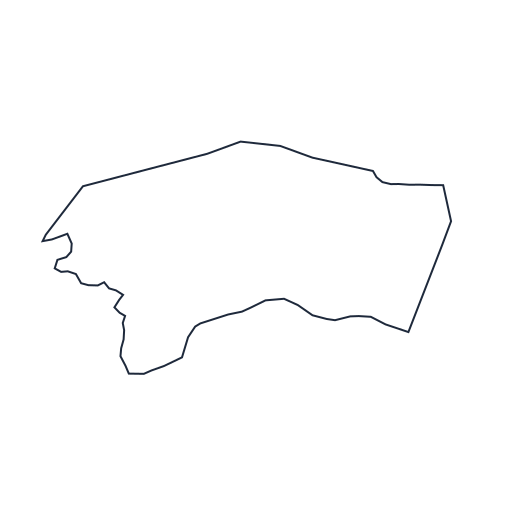 outline of Teixeira, Paraíba, Brazil, rotated 343°
{"feature_id": "56859067B68813180874934", "entity_name": "Teixeira", "entity_type": "district", "adm_level": 2, "iso_a3": "BRA", "parent_name": "Brazil", "parent_adm1": "Paraíba", "projection": "mercator", "projection_center": [-37.263, -7.252], "detail": "fine", "context": "isolated", "style": "outline", "palette": "slate", "viewbox_px": 512, "rotation_deg": 343, "n_neighbors": 0, "source": "geoboundaries", "source_scale": "gbopen_adm2", "svg_char_len": 977}
<svg xmlns="http://www.w3.org/2000/svg" viewBox="0 0 512 512"><g transform="rotate(343 256 256)"><path d="M239.3,144.0L186.9,141.8L110.9,138.7L61.2,174.2L56.3,179.4L65.6,180.5L82.1,179.6L83.4,190.2L80.5,197.8L74.3,201.6L65.0,201.6L59.9,209.0L65.0,214.2L71.5,215.6L78.5,220.6L80.8,230.9L87.2,234.9L96.1,237.9L103.1,236.7L106.0,244.0L112.0,247.9L117.5,254.3L112.4,257.9L105.6,263.7L109.0,270.4L113.3,275.0L109.0,281.1L108.2,288.4L105.0,297.1L100.1,304.8L97.1,312.2L99.1,322.8L100.0,331.3L114.3,335.9L122.6,334.9L135.9,334.3L155.6,331.3L167.3,313.8L177.2,305.7L183.1,304.2L212.3,303.8L226.3,305.1L236.0,303.8L252.1,301.2L270.3,305.1L281.7,315.2L292.7,329.2L305.2,336.9L312.8,340.5L328.5,341.3L336.7,343.5L348.0,347.7L359.9,359.3L379.5,373.3L437.1,300.1L452.7,279.8L455.7,243.0L444.9,239.6L433.6,235.7L423.5,232.7L413.6,228.9L406.0,226.7L398.5,222.3L394.3,215.9L392.7,208.9L338.8,178.5L311.3,157.8L274.7,142.1L239.3,144.0Z" fill="none" stroke="#1e293b" stroke-width="2"/></g></svg>